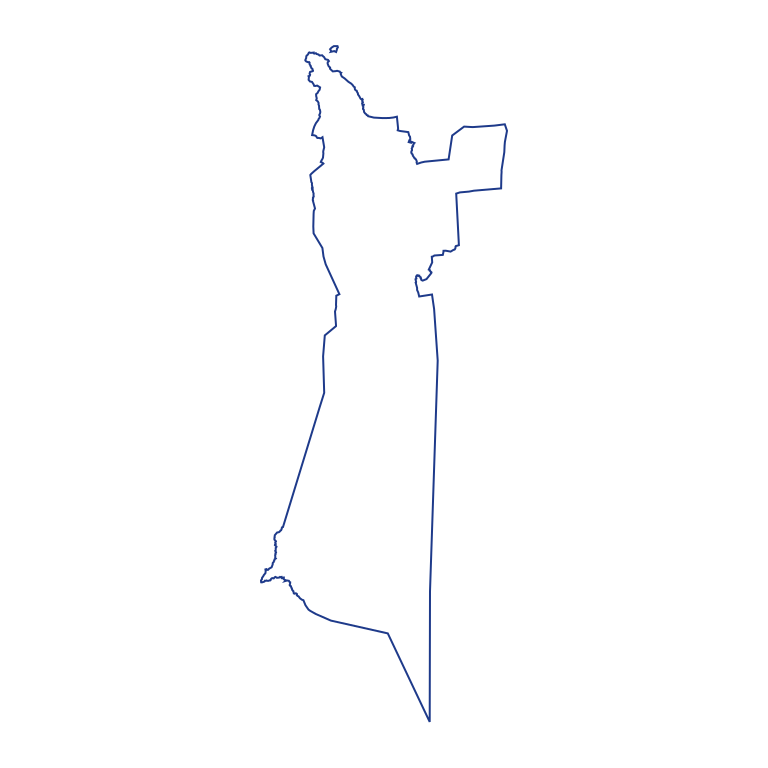 Þingeyjarsveit, Norðurland eystra, Iceland (Albers equal-area conic projection)
{"feature_id": "244011B2873245088627", "entity_name": "Þingeyjarsveit", "entity_type": "district", "adm_level": 2, "iso_a3": "ISL", "parent_name": "Iceland", "parent_adm1": "Norðurland eystra", "projection": "albers", "projection_center": [-17.794, 65.291], "detail": "fine", "context": "isolated", "style": "outline", "palette": "blue", "viewbox_px": 768, "rotation_deg": 0, "n_neighbors": 0, "source": "geoboundaries", "source_scale": "gbopen_adm2", "svg_char_len": 5973}
<svg xmlns="http://www.w3.org/2000/svg" viewBox="0 0 768 768"><path d="M396.9,116.7L393.4,117.5L389.1,118.0L382.9,118.1L373.9,117.6L368.1,116.2L367.8,115.4L366.7,115.1L366.3,114.3L365.1,113.4L364.1,112.0L363.7,109.5L363.0,109.0L363.0,108.1L363.3,107.5L363.2,106.4L363.4,105.8L363.0,106.0L362.7,105.8L362.6,105.4L363.1,104.6L362.5,104.5L362.1,103.7L362.2,103.2L362.6,102.7L362.4,102.5L362.4,102.3L362.8,102.0L362.2,101.0L362.7,99.8L362.4,99.6L362.3,99.0L361.4,99.3L360.5,98.6L359.2,96.1L358.0,94.5L357.9,93.2L357.3,92.5L356.7,90.7L355.8,90.4L355.0,89.5L354.8,88.7L354.8,87.3L353.7,86.6L352.7,85.1L351.2,83.6L348.4,81.8L344.6,78.4L341.8,76.5L340.7,74.0L340.9,73.2L341.2,72.8L340.2,72.4L339.8,71.6L337.1,70.8L335.9,71.1L332.8,71.4L330.9,69.6L330.0,68.7L330.1,67.5L329.0,66.6L328.5,65.9L327.7,63.8L327.6,63.0L327.8,62.1L328.4,61.7L328.9,61.1L328.0,59.9L325.3,59.2L324.1,57.1L323.2,56.4L322.2,55.3L319.5,55.5L318.5,54.5L316.6,54.0L315.9,53.2L314.3,53.6L313.6,53.3L313.3,52.9L313.4,52.6L310.7,52.9L309.4,52.4L308.8,52.7L308.3,53.9L307.4,55.1L306.6,55.6L306.2,56.9L306.2,58.0L305.4,59.8L305.3,60.3L305.5,60.7L306.3,61.5L307.8,62.1L309.2,62.1L309.6,62.7L309.5,63.6L309.7,64.5L310.7,65.8L310.6,66.5L311.0,66.9L311.4,68.1L312.4,68.8L312.5,69.5L313.0,70.6L313.0,70.9L312.6,71.2L310.1,71.9L309.6,73.4L309.6,73.9L310.1,74.7L309.8,75.7L308.5,76.2L308.9,77.3L308.6,79.8L310.0,81.5L312.0,81.9L313.7,84.5L314.1,85.8L315.1,86.0L317.2,85.6L320.1,87.4L319.6,89.8L318.3,91.4L317.7,92.8L316.3,94.0L316.1,94.2L316.1,94.6L316.2,96.2L316.7,98.1L316.7,98.6L316.2,100.1L317.8,101.4L318.5,102.7L318.6,103.1L318.5,104.4L319.0,105.6L319.2,108.7L319.3,109.2L319.8,109.5L320.2,111.0L320.3,112.1L320.0,113.5L319.3,114.9L319.3,115.3L320.0,116.5L319.5,117.8L318.6,119.0L318.3,120.0L315.9,123.2L314.3,126.5L313.1,130.2L312.1,135.1L314.1,135.3L315.4,135.7L316.3,136.3L316.9,137.6L317.7,138.0L318.7,137.9L320.7,138.4L322.5,137.2L324.2,147.3L323.3,151.0L323.2,152.2L323.4,153.1L323.0,157.6L322.4,159.0L321.4,160.6L320.8,162.0L322.7,162.9L323.4,163.6L314.3,171.1L311.2,173.9L310.3,175.0L311.4,182.2L311.9,182.9L312.0,183.6L311.9,185.0L312.2,186.0L312.3,186.7L312.0,187.2L312.2,187.5L312.4,187.7L312.3,187.9L312.5,187.9L312.4,188.3L312.6,188.5L312.7,189.1L312.4,189.4L312.1,189.2L312.1,189.8L312.7,190.3L313.0,191.2L313.0,191.8L313.6,193.5L313.5,194.5L313.6,195.2L313.5,195.6L313.7,196.6L313.0,197.4L313.2,197.9L312.8,199.1L312.9,199.9L312.8,200.1L313.1,200.5L313.0,201.0L315.0,208.5L313.8,210.9L313.6,213.9L313.3,226.5L313.6,233.4L322.4,248.0L323.5,256.5L325.7,264.3L339.4,294.2L336.3,295.7L336.0,305.2L336.2,306.2L336.1,307.1L335.7,309.3L335.0,311.5L336.0,325.2L336.0,326.1L324.8,335.4L323.1,356.4L324.2,392.8L319.7,407.1L283.0,527.0L282.3,527.1L281.8,527.9L281.7,528.2L281.8,528.6L281.1,530.3L280.4,530.6L279.9,531.4L278.9,532.2L277.1,532.5L274.8,535.2L274.7,536.5L274.5,537.0L274.7,537.6L274.4,538.1L274.4,539.4L274.6,539.9L275.6,540.8L276.0,541.4L275.9,541.7L275.3,542.2L275.2,542.9L275.8,544.0L275.0,544.7L274.9,545.1L276.5,546.6L276.2,547.5L275.7,547.9L275.7,550.3L275.2,550.9L276.1,552.3L276.0,552.7L275.4,553.2L275.4,553.5L275.6,554.2L275.1,555.1L275.3,555.9L275.2,557.8L275.8,558.5L274.5,559.4L274.3,560.7L273.9,561.0L273.7,562.0L272.8,562.9L272.7,563.2L272.7,564.4L271.6,567.3L269.2,568.6L268.0,569.9L267.3,569.9L266.5,569.1L265.4,569.4L265.4,569.6L265.7,571.0L265.4,573.2L263.8,575.1L263.1,576.5L262.4,577.3L262.0,578.0L261.9,579.3L261.0,580.4L261.1,581.8L261.2,582.1L261.2,582.3L261.9,582.4L264.4,581.6L264.9,580.7L265.8,580.8L266.5,580.5L267.0,580.8L268.7,580.8L269.6,580.3L270.3,580.4L270.6,580.1L270.9,579.2L271.3,578.7L272.2,578.1L273.7,578.4L274.8,577.2L275.5,576.9L276.9,577.8L279.1,577.6L280.0,576.9L280.9,577.2L281.7,576.9L281.9,577.3L281.7,578.1L282.0,578.3L283.8,577.5L283.9,577.8L283.7,578.3L283.7,579.0L284.5,579.8L285.7,580.2L285.7,580.6L285.3,581.0L287.1,580.5L288.9,580.8L289.5,581.9L290.2,582.3L290.1,583.0L290.1,583.8L289.7,584.8L289.7,585.2L290.0,585.7L290.6,585.9L291.0,586.3L291.1,587.0L291.6,587.8L291.6,588.3L292.0,588.8L292.1,589.8L292.8,590.5L293.0,591.0L293.4,591.2L293.8,593.4L294.5,593.7L295.6,593.3L296.4,593.5L297.0,594.1L296.8,595.1L297.6,596.0L298.5,596.3L300.0,598.3L301.9,599.7L303.4,600.2L305.5,605.3L308.5,609.6L310.3,610.9L315.8,614.0L330.9,620.6L387.8,633.4L429.7,721.9L430.0,591.3L437.7,360.6L434.1,309.0L432.0,294.5L419.2,296.5L418.2,292.4L417.1,290.0L417.1,287.9L415.7,282.7L416.0,282.6L416.1,281.9L415.5,279.2L416.4,278.6L416.1,277.3L416.1,276.6L416.8,275.4L417.3,275.3L417.7,275.7L417.9,275.5L418.1,275.9L419.3,275.7L419.5,276.5L420.7,277.3L420.7,277.8L420.9,278.1L420.7,278.3L421.2,279.2L421.2,279.6L421.5,280.1L422.7,280.6L426.5,279.1L431.3,273.1L431.3,272.9L431.0,272.5L431.2,272.3L431.0,272.2L430.9,271.7L430.2,271.2L429.9,270.3L429.7,270.3L429.7,270.0L428.8,269.6L432.2,262.4L431.8,256.7L433.3,256.3L434.3,255.5L442.8,254.9L443.4,252.3L443.5,250.8L445.7,250.7L450.6,251.6L453.6,249.8L454.3,249.7L454.8,249.4L455.5,247.9L455.5,246.7L455.8,246.1L458.9,245.2L456.2,193.6L459.9,192.4L468.9,191.6L473.9,190.7L501.1,188.4L501.4,175.0L501.6,171.9L501.5,170.4L504.3,152.2L504.6,145.4L504.9,141.9L507.0,130.8L504.8,124.3L494.4,125.6L472.7,127.1L464.1,126.6L452.2,135.5L448.6,159.4L424.8,161.7L421.2,162.5L417.1,163.9L416.6,162.6L416.8,161.4L416.0,159.5L415.4,159.0L415.2,158.5L414.6,158.4L413.2,156.1L412.8,155.7L412.7,154.8L412.6,154.4L411.6,153.5L411.5,153.3L411.5,152.7L411.3,152.5L411.4,151.3L412.0,150.4L412.0,149.4L411.7,148.6L411.8,148.3L412.4,147.5L412.3,147.1L412.3,146.8L412.9,146.4L412.6,145.9L412.7,145.5L413.5,144.7L413.8,143.4L414.3,143.0L410.9,141.5L410.9,142.7L408.7,142.1L409.4,140.1L410.2,139.5L410.3,139.2L410.0,136.7L409.1,135.4L408.3,132.1L400.1,131.0L397.7,130.3L398.1,128.4L396.9,116.7ZM337.5,46.1L333.9,46.1L331.6,47.6L330.1,49.2L330.5,49.7L330.6,50.2L331.0,50.7L331.1,51.5L330.9,51.8L334.3,51.1L334.9,51.5L335.7,51.5L335.7,51.8L336.1,52.0L336.9,49.6L336.9,48.8L337.9,47.3L337.5,46.1Z" fill="none" stroke="#1e3a8a" stroke-width="2"/></svg>